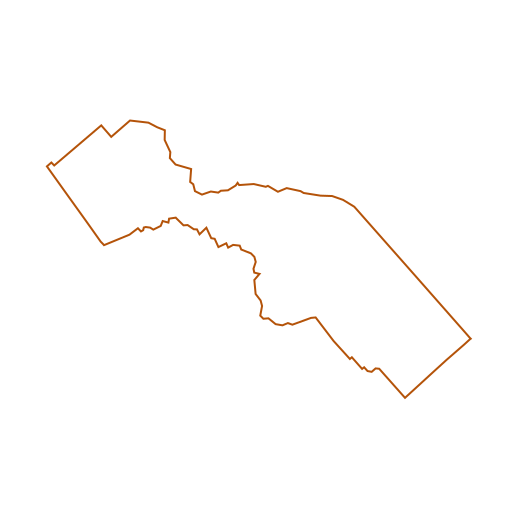 the district of Placer, California, United States of America, rotated 49°
{"feature_id": "52423323B56416092773024", "entity_name": "Placer", "entity_type": "district", "adm_level": 2, "iso_a3": "USA", "parent_name": "United States of America", "parent_adm1": "California", "projection": "orthographic", "projection_center": [-120.777, 39.014], "detail": "fine", "context": "isolated", "style": "outline", "palette": "amber", "viewbox_px": 512, "rotation_deg": 49, "n_neighbors": 0, "source": "geoboundaries", "source_scale": "gbopen_adm2", "svg_char_len": 1535}
<svg xmlns="http://www.w3.org/2000/svg" viewBox="0 0 512 512"><g transform="rotate(49 256 256)"><path d="M460.8,236.6L460.4,220.6L459.9,201.8L459.4,180.6L459.4,179.4L459.4,161.7L459.4,157.2L459.2,149.3L459.2,149.1L459.3,148.3L459.3,148.2L457.9,148.3L450.7,148.3L372.1,148.8L308.3,149.3L283.3,149.5L270.7,153.5L260.7,159.2L252.8,167.7L239.7,178.7L236.3,179.8L224.9,188.3L221.9,197.3L210.9,201.0L210.2,203.2L200.2,210.5L191.4,222.2L188.7,221.9L189.5,225.1L188.0,234.1L183.7,239.7L183.4,242.9L177.7,247.8L174.2,256.5L167.0,259.5L160.7,256.3L156.9,257.1L147.8,247.9L134.2,256.7L125.6,256.8L121.4,252.5L108.5,248.8L101.3,242.3L94.0,246.1L84.8,249.7L71.1,262.2L71.1,287.1L55.9,287.1L55.3,348.9L51.2,349.1L51.2,355.0L79.6,357.7L99.8,359.6L118.1,361.3L125.3,362.0L143.3,363.8L146.3,363.6L148.1,363.6L156.9,337.5L157.6,326.9L162.0,326.7L162.5,324.2L160.9,322.0L161.8,320.2L165.1,317.3L168.7,316.2L170.8,308.2L168.4,303.5L173.3,300.2L170.8,297.1L174.4,291.4L175.2,291.4L185.3,290.6L187.8,287.3L195.0,285.4L197.2,283.1L202.6,284.4L202.1,274.9L213.2,278.1L215.9,275.9L224.6,278.5L226.9,270.1L231.4,271.5L232.6,266.0L237.5,261.5L241.4,262.9L250.7,258.1L255.6,257.8L260.3,260.1L264.0,266.3L267.4,268.2L271.8,265.1L273.0,273.0L284.4,281.2L292.6,281.7L297.7,284.2L303.8,291.9L308.2,291.6L311.2,287.5L320.3,285.9L325.7,281.5L327.5,276.0L331.7,273.6L338.8,255.1L341.5,251.3L371.1,253.2L395.3,252.7L395.3,250.1L410.8,250.0L410.9,247.4L416.0,247.3L419.3,244.7L419.3,239.5L421.9,237.0L460.8,236.6Z" fill="none" stroke="#b45309" stroke-width="2"/></g></svg>